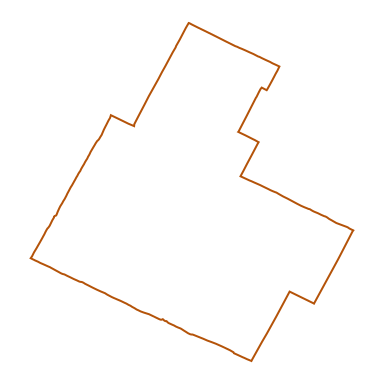 Gruia, Mehedinti, Romania (orthographic projection)
{"feature_id": "2599482B33990588848115", "entity_name": "Gruia", "entity_type": "district", "adm_level": 2, "iso_a3": "ROU", "parent_name": "Romania", "parent_adm1": "Mehedinti", "projection": "orthographic", "projection_center": [22.812, 44.277], "detail": "fine", "context": "isolated", "style": "outline", "palette": "amber", "viewbox_px": 384, "rotation_deg": 0, "n_neighbors": 0, "source": "geoboundaries", "source_scale": "gbopen_adm2", "svg_char_len": 3721}
<svg xmlns="http://www.w3.org/2000/svg" viewBox="0 0 384 384"><path d="M251.4,361.0L252.4,359.1L262.1,341.7L266.9,333.5L276.3,316.5L283.0,304.0L289.6,291.6L313.7,303.4L314.0,303.6L333.6,267.6L337.9,259.7L340.1,255.5L352.6,231.3L353.0,230.8L353.3,230.4L352.8,230.1L352.2,229.9L349.6,228.6L348.8,228.1L348.0,227.5L347.0,227.0L340.3,224.5L336.3,223.0L331.1,220.0L329.1,218.9L327.1,217.4L325.5,216.5L324.3,216.2L321.1,214.8L317.9,213.2L314.2,211.7L312.4,210.8L309.8,209.2L308.4,208.9L306.8,208.2L304.5,207.3L301.1,205.8L297.0,203.7L287.5,198.6L283.2,196.5L278.6,193.9L276.5,192.6L275.3,192.2L272.8,191.2L270.3,190.1L268.8,189.3L265.7,187.8L262.8,186.4L260.2,185.1L253.8,182.3L251.4,181.2L249.6,180.5L242.9,177.4L240.5,176.3L243.4,170.9L246.8,164.3L251.6,155.3L257.5,144.1L258.6,142.2L258.4,142.1L256.8,141.2L254.7,140.0L252.8,139.1L247.9,136.6L245.1,135.2L241.1,133.3L238.3,131.9L238.5,131.7L242.8,123.4L246.9,115.5L250.6,108.2L252.9,103.7L255.9,97.8L256.6,96.8L258.9,92.1L260.5,89.1L261.7,87.6L266.7,90.2L267.0,89.8L269.7,85.0L272.3,80.2L274.4,76.2L275.8,73.5L277.4,70.7L279.4,66.5L279.0,66.3L277.5,65.6L275.8,64.8L272.7,63.4L271.4,62.7L270.4,62.1L268.9,61.4L266.9,60.5L265.8,60.0L262.0,58.2L259.3,56.8L258.4,56.6L257.8,56.3L253.4,54.0L249.3,52.2L245.4,50.4L241.5,48.7L239.4,47.9L237.2,46.8L235.2,46.1L225.4,41.2L217.7,37.3L205.0,31.0L197.8,27.5L192.2,24.7L189.4,23.2L188.7,23.0L185.8,28.0L179.8,39.5L176.0,46.2L175.7,47.3L172.8,52.2L169.0,59.3L165.2,66.4L162.0,72.1L158.3,79.2L152.1,90.3L148.8,96.2L144.4,104.8L140.2,112.8L136.3,120.3L134.3,124.2L134.1,126.1L128.4,123.7L119.6,119.4L111.1,115.3L110.9,115.2L110.0,118.0L109.2,119.3L108.5,120.5L107.7,122.1L106.4,124.7L105.1,127.2L103.8,129.8L103.1,131.5L102.4,133.1L101.7,134.8L100.3,137.0L99.2,138.9L98.6,139.7L97.7,140.6L97.1,141.1L96.2,142.5L95.7,143.2L94.7,145.0L93.3,147.3L90.6,151.9L89.7,153.9L89.2,154.9L88.1,156.7L87.2,158.7L86.2,160.2L85.0,162.2L84.0,164.2L83.0,165.8L82.0,167.5L81.1,169.1L80.2,171.1L79.7,171.7L78.4,173.7L77.3,175.9L76.4,177.3L75.6,178.8L75.2,179.6L74.6,180.6L73.5,182.6L72.0,185.3L70.7,187.3L68.6,191.3L67.3,193.7L66.4,195.7L64.6,199.1L63.3,201.1L62.2,203.2L60.3,206.2L59.3,208.2L57.8,211.5L56.8,214.1L56.2,215.4L55.3,215.8L54.7,216.0L54.0,216.7L54.0,217.4L53.5,218.3L52.3,220.3L51.1,222.8L49.9,225.3L49.5,226.0L49.0,226.7L48.2,227.8L47.5,228.4L46.4,230.2L45.4,232.1L44.3,234.4L43.5,235.8L42.1,238.4L39.8,242.5L38.3,245.1L36.6,248.1L34.0,252.4L32.0,256.4L30.7,258.2L30.9,258.3L31.6,258.7L34.5,260.1L34.8,260.3L38.0,261.7L40.0,262.8L41.3,263.4L42.5,263.9L43.4,264.3L44.3,264.7L48.3,266.5L50.0,267.2L51.0,267.8L53.2,269.0L56.1,270.6L58.5,271.9L60.3,272.9L61.4,273.5L63.0,274.1L63.6,274.2L64.6,274.5L67.1,275.8L70.5,277.4L73.7,279.0L76.9,280.4L79.2,281.5L80.5,281.9L81.0,281.9L81.8,282.0L82.5,282.3L83.4,282.7L85.1,283.8L88.3,285.4L92.6,287.6L96.9,289.7L101.1,291.6L103.8,292.7L105.4,293.4L106.2,294.0L107.7,294.9L108.1,295.1L111.9,297.1L114.1,298.1L121.1,301.1L124.2,302.6L126.6,303.7L128.6,304.9L130.4,305.7L132.0,306.8L133.3,307.5L134.6,308.2L136.6,309.5L138.2,310.2L140.6,311.4L143.6,312.5L146.1,313.3L149.0,314.2L151.7,315.5L158.9,319.0L160.4,319.6L161.0,319.7L161.7,319.7L162.2,319.5L162.7,319.2L163.0,319.3L163.4,319.7L164.2,320.5L165.3,321.1L165.7,321.1L166.5,321.1L167.0,321.6L167.3,322.0L168.5,323.0L169.4,323.4L172.0,324.6L174.1,325.5L175.8,326.5L178.3,327.6L179.9,328.2L181.0,328.7L182.4,329.6L184.7,331.1L185.4,331.5L188.0,333.2L190.3,334.3L191.5,334.5L192.6,334.5L192.8,334.6L194.1,335.1L197.1,336.3L203.1,338.7L207.2,340.5L211.6,342.1L215.8,343.7L221.9,346.4L230.1,350.3L233.5,352.3L233.9,353.2L235.9,354.1L240.7,356.3L242.6,357.2L244.3,357.9L247.5,359.4L248.1,359.6L251.4,361.0Z" fill="none" stroke="#b45309" stroke-width="2"/></svg>